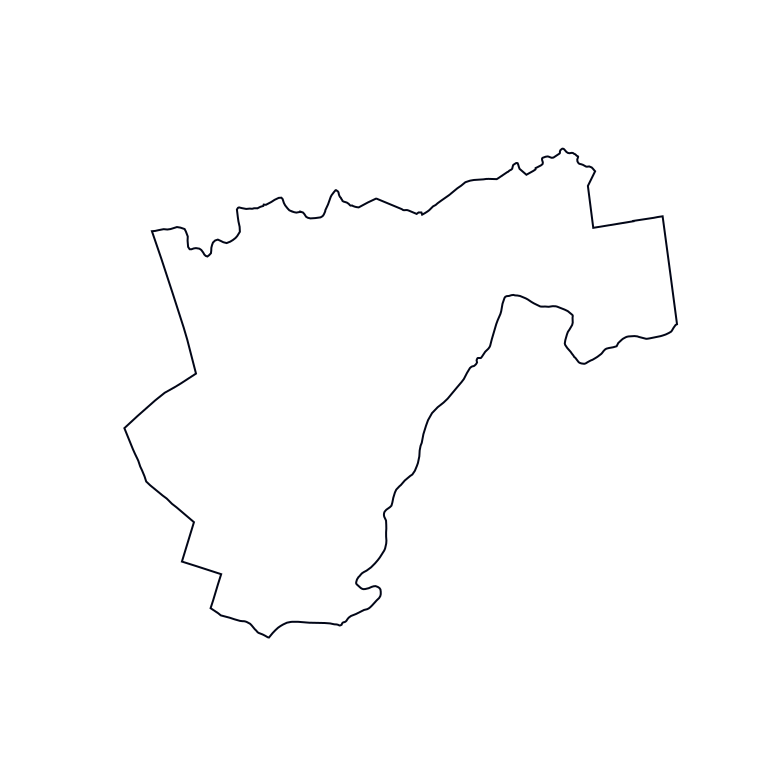 Cocorastii Colt, Prahova, Romania (Robinson projection), rotated 106°
{"feature_id": "2599482B14880715488438", "entity_name": "Cocorastii Colt", "entity_type": "district", "adm_level": 2, "iso_a3": "ROU", "parent_name": "Romania", "parent_adm1": "Prahova", "projection": "robinson", "projection_center": [25.886, 44.846], "detail": "fine", "context": "isolated", "style": "outline", "palette": "ink", "viewbox_px": 768, "rotation_deg": 106, "n_neighbors": 0, "source": "geoboundaries", "source_scale": "gbopen_adm2", "svg_char_len": 6166}
<svg xmlns="http://www.w3.org/2000/svg" viewBox="0 0 768 768"><g transform="rotate(106 384 384)"><path d="M301.1,649.2L324.9,632.6L355.0,612.2L385.0,592.1L395.7,585.3L425.8,567.6L439.2,579.2L444.3,583.9L452.9,592.4L462.8,599.4L482.7,612.1L498.0,621.4L516.0,607.3L519.8,604.1L524.5,599.9L525.7,598.9L530.5,595.6L533.7,592.8L538.7,588.8L543.3,585.7L545.8,580.9L552.2,566.1L554.0,561.3L557.6,554.8L559.8,549.3L569.2,528.6L610.4,529.3L610.8,514.3L611.7,488.1L622.5,488.4L639.1,488.6L647.3,488.9L650.1,480.1L651.4,477.1L651.2,467.7L651.4,463.0L651.4,457.1L650.9,454.1L650.6,453.3L650.5,451.6L650.6,450.3L651.4,446.6L652.5,444.7L655.4,440.5L656.1,439.1L657.3,437.3L657.8,436.1L658.2,431.7L658.7,429.1L659.5,425.9L659.4,424.7L654.1,422.4L650.5,420.5L647.4,418.6L645.1,416.7L642.9,414.6L640.2,411.5L638.2,407.6L637.0,403.7L636.3,401.2L634.1,390.2L630.1,375.1L629.6,372.7L629.0,369.8L628.7,365.5L628.2,363.3L628.2,362.8L628.1,362.1L628.4,360.3L628.2,359.7L627.6,358.9L627.1,358.4L625.9,358.3L625.0,358.0L624.5,357.6L624.2,357.2L623.7,356.2L623.0,355.5L622.1,354.9L620.1,354.3L618.3,353.5L616.1,351.8L612.8,347.5L606.7,340.9L605.1,338.1L603.9,336.8L602.4,335.7L600.1,334.4L594.0,331.4L591.1,329.7L588.9,329.1L586.9,329.2L584.5,329.9L582.5,330.8L581.4,332.1L580.8,334.0L580.6,336.4L581.3,338.2L582.4,339.9L584.5,342.4L586.3,345.6L586.9,347.3L586.9,348.5L586.5,350.1L584.1,355.0L583.5,355.7L582.3,356.1L579.4,356.1L576.6,355.3L575.7,354.7L573.4,353.7L571.9,352.9L570.3,351.5L568.2,349.3L563.8,345.9L558.9,343.2L555.0,341.4L551.9,340.2L546.1,338.5L544.1,337.9L541.8,337.6L536.7,337.9L533.9,338.5L530.1,339.9L526.0,341.1L522.4,341.9L518.8,343.0L514.7,344.4L511.5,347.2L509.9,348.0L508.3,348.3L507.0,348.3L506.1,348.0L504.2,347.1L500.7,344.3L498.9,343.3L495.7,343.3L490.8,343.7L485.3,343.6L482.1,343.1L477.9,340.9L476.6,340.0L471.0,337.4L465.2,333.5L463.2,331.8L458.9,330.4L453.6,329.8L450.6,329.6L443.8,330.1L438.0,331.4L433.3,331.8L430.1,331.5L421.3,332.3L412.4,332.1L406.6,331.7L398.7,329.8L391.5,326.0L385.4,321.6L380.6,318.8L366.3,312.5L360.8,310.0L357.2,308.6L350.6,307.3L345.0,305.8L343.6,304.9L342.8,304.1L342.0,302.6L341.3,302.0L339.8,301.1L338.9,300.8L337.6,300.5L335.8,301.5L334.8,301.5L333.6,301.3L333.1,300.9L332.8,299.9L332.5,298.5L332.2,298.0L330.8,297.4L325.1,295.6L321.3,293.4L319.3,292.7L318.0,292.5L311.2,292.7L295.4,292.6L291.4,292.3L284.6,291.4L281.7,291.4L274.2,292.2L268.1,291.9L266.7,291.4L265.7,290.2L264.9,288.1L263.5,286.0L262.7,284.1L262.7,282.4L262.2,280.4L261.9,277.5L262.6,271.4L263.1,269.1L264.5,264.8L265.2,262.0L266.4,255.2L266.1,253.5L265.1,250.4L264.4,247.0L262.7,243.3L262.0,240.5L261.9,239.1L262.7,230.8L263.3,227.4L265.7,221.9L266.5,221.3L268.4,221.0L273.0,219.5L275.4,219.4L280.5,220.7L283.2,221.6L285.9,221.8L291.8,221.8L295.2,221.4L296.5,220.6L298.2,218.6L299.0,217.6L301.6,213.5L303.0,211.8L304.5,209.7L305.6,208.6L305.8,207.9L306.3,207.0L309.0,203.4L309.4,202.8L309.7,201.8L309.8,200.9L309.8,199.7L309.4,197.1L308.8,196.1L307.9,195.1L307.4,194.8L305.1,192.5L304.1,191.4L303.3,190.3L301.0,188.1L299.0,186.3L295.1,183.4L293.8,182.8L291.7,182.0L289.7,180.9L288.7,179.9L287.4,177.7L285.5,173.8L283.6,170.8L280.0,170.1L276.0,167.7L274.7,166.8L272.5,164.6L271.7,163.6L270.9,162.1L268.9,156.5L268.6,154.8L268.4,153.7L268.5,151.7L268.3,144.5L267.9,143.3L266.8,141.0L261.8,131.4L260.6,129.5L258.8,126.9L256.5,124.3L254.6,122.5L253.5,122.0L250.0,121.1L246.9,120.0L245.8,118.8L201.7,138.0L146.0,162.4L148.0,166.8L149.9,170.5L158.5,189.3L158.8,189.1L176.2,225.9L137.4,242.6L121.3,239.7L120.9,240.4L119.6,242.3L118.6,244.0L118.3,246.7L119.1,248.6L119.3,249.5L119.2,250.2L118.5,253.2L118.4,255.1L118.5,256.2L118.4,257.2L118.2,257.7L117.6,258.5L116.7,259.4L115.7,259.8L114.9,260.1L112.7,260.0L112.1,260.0L111.8,260.2L111.4,261.8L110.5,263.4L110.4,264.5L109.9,266.0L110.0,267.1L111.0,269.2L111.2,270.7L110.7,272.5L108.7,275.6L108.5,276.2L108.5,277.0L108.7,277.5L109.4,278.1L110.7,278.9L112.0,279.0L113.4,278.6L114.1,278.8L119.6,283.5L120.1,284.6L120.3,285.0L120.3,286.2L120.1,288.2L120.1,289.2L120.3,289.8L121.0,291.3L122.8,293.8L123.5,294.2L124.3,294.1L125.2,293.7L127.0,292.5L127.6,292.3L128.7,292.2L129.1,292.3L130.6,293.4L133.7,296.7L134.6,297.8L135.8,297.5L136.1,297.6L138.0,299.2L143.6,304.8L139.8,313.0L138.0,314.3L135.6,315.8L135.2,316.5L134.9,316.6L135.0,317.4L135.3,318.0L137.5,319.9L138.1,320.2L140.1,320.2L141.7,320.1L142.8,320.7L144.2,322.2L145.8,323.2L146.1,323.7L154.8,331.0L156.0,332.1L158.0,340.0L158.7,342.2L159.9,344.9L163.1,353.8L164.8,357.3L167.6,361.4L172.1,364.5L175.6,367.4L184.5,373.5L191.9,379.5L195.5,382.3L197.7,383.7L199.7,385.8L204.4,388.4L206.0,389.6L208.5,391.8L210.7,394.0L208.8,395.3L209.6,398.1L211.5,399.5L210.5,407.8L210.4,409.4L210.7,410.7L211.4,412.6L211.5,413.6L211.0,415.2L207.9,442.1L208.1,442.9L213.9,449.5L221.2,457.0L221.5,458.9L221.6,460.7L221.5,462.7L221.2,463.9L221.7,465.1L221.6,465.9L220.6,467.5L219.9,469.5L219.8,470.9L219.8,473.1L219.5,474.3L218.2,475.4L218.0,475.8L217.6,476.3L216.9,476.8L216.3,477.9L215.2,478.9L214.4,479.5L212.3,480.6L211.6,481.4L210.9,483.4L211.1,484.0L213.3,485.0L216.9,486.4L218.8,486.8L226.8,487.3L233.1,488.3L234.3,488.1L237.8,488.6L239.6,489.3L241.3,490.9L243.5,495.9L245.1,500.4L245.2,503.1L244.7,505.0L242.6,507.4L241.5,509.1L241.4,511.0L241.5,510.9L241.9,512.5L243.4,515.5L243.6,517.8L243.4,520.2L243.5,520.2L243.1,522.9L241.8,525.1L239.5,528.3L237.5,530.2L234.2,532.4L233.2,534.0L234.1,536.5L237.1,539.9L240.1,542.5L244.3,546.9L244.7,549.1L246.1,549.1L247.7,551.6L250.0,554.1L250.9,557.4L251.4,558.1L252.1,559.5L252.0,559.4L252.4,561.4L253.7,564.7L254.1,569.0L254.2,572.0L254.9,572.9L256.8,573.5L263.9,570.5L267.9,568.7L272.7,566.1L277.4,564.5L282.3,565.9L284.6,567.0L287.2,568.9L289.5,571.0L291.9,574.1L292.0,577.6L291.5,580.2L291.0,583.5L292.6,585.9L295.2,587.4L297.9,587.6L300.7,587.5L303.5,586.8L306.0,586.4L308.2,587.5L310.1,588.9L310.0,590.7L309.1,592.4L307.5,594.0L305.5,596.6L304.8,598.8L305.2,602.2L306.1,604.2L307.6,606.3L308.0,608.0L306.2,610.1L300.4,612.3L296.3,613.3L292.0,616.5L290.0,618.4L289.8,622.8L290.2,626.3L291.8,628.7L293.9,631.9L295.2,634.8L295.9,638.5L298.3,643.2L299.9,646.1L301.1,649.2Z" fill="none" stroke="#020617" stroke-width="2"/></g></svg>